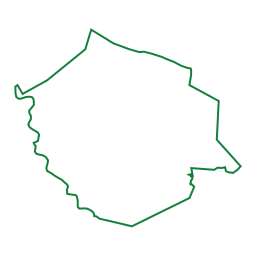 San Juan Yatzona, Oaxaca, Mexico
{"feature_id": "50627088B31715141251473", "entity_name": "San Juan Yatzona", "entity_type": "district", "adm_level": 2, "iso_a3": "MEX", "parent_name": "Mexico", "parent_adm1": "Oaxaca", "projection": "natural_earth1", "projection_center": [-96.189, 17.411], "detail": "fine", "context": "isolated", "style": "outline", "palette": "green", "viewbox_px": 256, "rotation_deg": 0, "n_neighbors": 0, "source": "geoboundaries", "source_scale": "gbopen_adm2", "svg_char_len": 1548}
<svg xmlns="http://www.w3.org/2000/svg" viewBox="0 0 256 256"><path d="M190.8,68.6L186.4,67.6L180.8,65.6L174.4,62.1L167.0,59.2L161.8,56.9L151.7,53.7L143.9,51.7L139.3,52.1L128.6,49.0L113.3,43.3L91.2,29.7L85.3,49.3L47.0,80.4L22.6,93.9L17.5,85.1L15.4,86.6L15.4,89.9L15.5,93.0L16.3,96.9L17.8,98.2L19.1,98.7L20.6,98.8L22.4,98.1L23.8,97.8L24.8,97.3L25.8,97.1L28.9,96.7L31.9,97.1L33.4,98.9L33.8,101.6L33.9,104.8L31.1,108.4L29.2,110.5L29.4,113.3L30.9,115.8L30.9,119.1L29.1,122.3L28.3,124.7L29.7,127.3L32.4,129.3L35.5,131.1L37.9,132.5L39.1,134.9L38.5,137.8L38.0,140.9L35.6,142.1L33.7,142.8L34.2,144.1L35.7,146.1L35.4,148.6L34.8,151.3L36.3,153.7L39.2,154.6L41.7,155.0L43.9,155.8L46.4,157.6L46.5,157.9L46.6,158.2L48.0,160.3L47.8,162.3L47.1,165.1L46.3,168.2L47.1,170.9L51.9,173.6L54.2,175.4L57.2,177.2L61.9,179.9L64.2,182.1L66.8,184.2L68.0,186.1L66.9,190.3L67.3,193.9L69.2,194.2L72.7,194.7L75.5,195.0L76.7,196.2L77.7,200.4L77.8,206.9L79.3,208.6L83.8,208.4L86.6,208.5L90.0,209.9L92.0,211.3L93.0,212.1L93.5,213.1L94.1,214.3L94.2,216.1L96.1,216.3L99.6,218.7L131.9,226.3L189.5,198.0L194.2,186.7L191.8,184.4L190.5,184.4L190.2,183.7L190.8,182.8L191.0,180.5L192.1,179.3L192.4,178.5L192.2,177.4L191.3,176.6L190.4,175.6L189.7,175.1L189.0,174.7L191.1,174.2L192.6,175.2L191.3,168.1L214.2,169.8L217.6,167.7L221.9,168.0L225.0,167.2L226.0,171.2L229.3,172.5L231.3,172.6L232.8,173.0L233.4,172.6L236.8,170.3L238.7,168.5L240.6,166.2L216.8,139.7L218.7,101.0L189.4,85.1L191.1,74.9L191.1,72.5L191.2,71.3L191.0,70.0L190.8,68.6Z" fill="none" stroke="#15803d" stroke-width="2"/></svg>